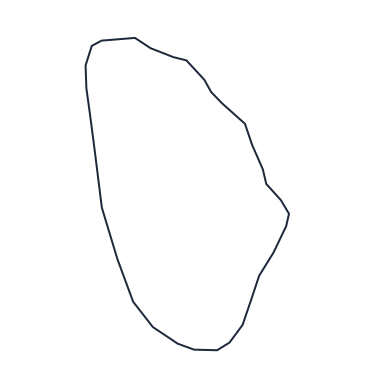 the district of Makur, Chuuk, Federated States of Micronesia, rotated 264°
{"feature_id": "79324940B63649844160089", "entity_name": "Makur", "entity_type": "district", "adm_level": 2, "iso_a3": "FSM", "parent_name": "Federated States of Micronesia", "parent_adm1": "Chuuk", "projection": "natural_earth1", "projection_center": [150.128, 8.983], "detail": "fine", "context": "isolated", "style": "outline", "palette": "slate", "viewbox_px": 384, "rotation_deg": 264, "n_neighbors": 0, "source": "geoboundaries", "source_scale": "gbopen_adm2", "svg_char_len": 549}
<svg xmlns="http://www.w3.org/2000/svg" viewBox="0 0 384 384"><g transform="rotate(264 192 192)"><path d="M42.6,162.0L35.0,177.6L32.0,200.4L38.3,213.5L54.5,228.4L77.4,239.0L101.8,250.1L123.2,266.7L148.2,282.1L160.2,286.2L174.7,279.5L192.2,266.7L207.2,264.8L232.6,256.7L254.3,251.8L277.0,231.2L289.4,221.5L302.3,216.0L323.5,200.2L328.1,187.5L339.3,165.9L351.2,151.4L352.0,117.8L347.8,107.6L329.0,99.4L306.2,97.8L278.7,98.7L242.4,99.6L185.9,100.7L133.1,110.8L89.0,122.0L61.7,139.0L42.6,162.0Z" fill="none" stroke="#1e293b" stroke-width="2"/></g></svg>